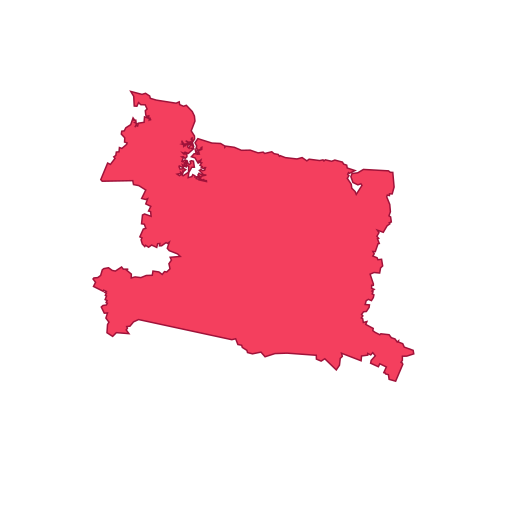 the district of Waikato District, Waikato, New Zealand, rotated 116°
{"feature_id": "76426892B94157809900768", "entity_name": "Waikato District", "entity_type": "district", "adm_level": 2, "iso_a3": "NZL", "parent_name": "New Zealand", "parent_adm1": "Waikato", "projection": "robinson", "projection_center": [174.92, -37.516], "detail": "fine", "context": "isolated", "style": "filled", "palette": "rose", "viewbox_px": 512, "rotation_deg": 116, "n_neighbors": 0, "source": "geoboundaries", "source_scale": "gbopen_adm2", "svg_char_len": 6123}
<svg xmlns="http://www.w3.org/2000/svg" viewBox="0 0 512 512"><g transform="rotate(116 256 256)"><path d="M323.2,133.9L317.6,133.1L311.1,135.4L308.4,134.4L305.9,136.5L304.1,115.6L299.6,117.3L296.1,112.1L294.6,112.9L294.6,109.5L291.7,108.7L293.4,105.0L299.3,106.7L302.1,106.0L301.9,97.5L298.6,97.5L298.6,90.2L305.4,90.0L304.1,89.4L305.2,87.8L304.6,85.0L308.5,82.3L307.3,75.6L288.9,76.6L287.4,78.7L288.6,79.2L285.6,78.7L281.9,80.5L279.9,76.6L274.8,71.3L271.9,73.4L272.9,82.8L270.5,85.7L270.9,90.3L269.8,90.7L271.4,91.4L269.6,94.7L270.1,98.6L268.4,101.9L271.2,109.7L272.5,110.2L272.4,115.7L271.9,118.3L269.7,118.9L269.4,127.4L266.3,127.6L268.7,130.4L265.6,132.6L265.5,134.2L263.0,133.7L262.3,135.5L259.0,134.9L257.5,132.5L252.7,131.8L250.2,132.6L251.7,136.6L247.9,137.4L245.7,136.0L245.5,132.7L242.0,132.3L239.2,133.0L239.1,135.0L236.9,135.1L236.7,136.4L234.2,135.2L234.4,137.9L231.6,139.2L230.9,137.7L229.7,138.2L222.3,145.5L219.1,142.7L217.1,137.4L212.1,138.8L209.4,137.8L203.9,141.7L205.9,144.8L204.5,146.4L204.8,151.0L202.2,150.7L200.7,152.9L199.8,150.7L191.5,151.7L190.7,150.7L187.3,154.4L186.4,153.5L185.3,156.0L181.1,155.7L179.6,158.3L178.9,152.0L171.4,151.4L168.4,149.8L167.7,150.8L166.1,149.3L161.9,152.1L161.6,154.1L157.3,154.6L151.0,158.4L145.5,164.5L143.7,164.7L143.2,162.6L141.6,163.3L140.5,160.8L133.5,162.1L120.9,169.7L121.9,172.0L121.4,174.3L131.1,197.4L136.6,201.0L139.8,205.8L143.1,205.5L147.4,201.1L147.4,195.6L145.1,193.4L146.1,191.7L156.7,192.9L154.6,195.2L153.1,199.6L149.7,201.9L146.2,208.0L143.0,207.7L142.5,209.4L140.5,209.4L140.7,208.3L135.8,204.5L136.9,212.6L134.6,214.3L135.0,217.5L133.7,219.5L135.2,227.2L137.7,229.5L139.2,235.9L140.8,236.6L140.2,237.9L142.3,240.6L145.7,250.7L148.2,252.0L147.3,257.7L150.8,261.7L154.7,272.7L155.2,278.2L156.1,278.7L155.0,280.5L156.1,284.6L155.4,287.5L160.0,293.1L159.5,295.1L162.4,299.3L163.4,307.6L167.4,315.4L167.8,323.1L170.6,331.7L171.6,331.6L171.9,331.7L170.8,332.3L170.4,337.2L173.8,345.1L176.0,359.7L181.0,360.4L183.1,357.5L185.9,357.0L185.3,356.3L186.8,355.0L184.2,352.4L182.6,352.8L182.0,352.3L184.0,351.5L186.6,354.0L189.3,351.6L190.2,353.2L188.7,353.5L187.6,356.8L190.4,354.6L191.1,356.4L195.1,357.6L194.6,353.8L197.9,348.7L196.5,347.8L195.5,349.6L195.9,347.7L194.9,348.2L193.8,347.6L196.5,347.1L196.1,345.6L199.0,346.1L199.3,343.5L200.7,343.9L200.1,340.9L199.2,341.1L198.7,340.1L201.4,339.8L202.7,341.4L202.4,343.3L203.9,344.4L206.0,338.8L205.0,336.1L207.0,338.7L206.6,343.5L208.6,343.7L209.1,341.7L211.0,342.7L208.6,339.8L210.4,340.5L211.3,338.8L210.9,336.5L209.7,336.9L210.9,335.9L210.0,333.6L210.8,333.1L212.5,340.2L211.0,339.8L210.5,341.8L211.1,340.7L212.2,341.3L212.6,343.6L210.3,343.3L211.8,345.5L210.7,346.0L210.6,348.5L212.8,348.5L215.3,351.3L210.3,353.0L204.4,352.6L203.2,350.3L198.2,353.8L198.7,355.9L199.9,356.8L201.2,355.3L202.7,355.8L203.1,359.6L204.9,358.4L204.9,355.8L210.3,353.4L215.9,356.7L215.4,358.9L217.4,360.0L217.0,362.8L214.5,359.7L213.8,360.3L214.2,358.0L212.0,358.2L211.9,359.7L211.3,357.9L209.2,357.0L209.1,359.1L211.2,362.4L209.6,364.3L208.7,364.4L208.5,360.4L207.1,359.9L207.0,361.4L206.3,362.1L206.6,357.0L205.3,360.5L203.7,361.3L203.9,360.0L201.9,360.7L201.6,358.7L200.5,359.8L200.9,362.0L203.5,363.3L203.5,364.1L199.5,364.4L199.4,366.0L198.6,364.9L199.4,362.4L197.1,361.6L194.6,362.9L196.0,365.7L195.4,367.2L195.2,365.7L193.8,365.3L193.5,361.8L187.4,359.3L187.5,361.0L186.5,359.6L185.0,360.3L184.1,363.7L184.7,364.9L185.4,363.6L188.5,363.4L187.9,365.3L185.8,365.6L186.4,367.5L188.1,368.1L187.5,368.9L188.9,369.2L187.6,369.9L187.9,371.7L186.9,370.6L186.0,372.7L185.4,372.7L187.1,369.8L184.3,365.7L183.2,369.7L183.3,366.3L182.4,365.3L183.6,365.3L182.6,363.4L179.8,364.0L179.7,365.0L179.4,365.4L179.2,365.4L179.0,365.2L178.4,365.2L178.1,365.1L178.1,365.3L177.9,365.2L178.1,365.0L179.5,365.2L179.6,363.6L183.2,363.1L183.7,361.2L181.9,363.0L177.7,362.5L175.1,363.9L171.9,369.1L161.5,370.0L157.2,372.7L154.1,376.6L151.1,384.7L153.2,386.7L153.4,391.0L151.1,392.6L153.7,394.8L159.6,414.0L160.6,420.1L158.8,421.7L158.2,426.6L160.7,429.3L163.0,440.7L166.1,435.9L174.6,431.2L173.6,428.7L169.6,428.8L170.5,425.9L168.7,421.9L171.6,418.3L173.9,419.2L177.6,416.9L178.4,415.5L177.4,414.4L178.6,413.9L177.7,413.5L178.9,413.1L178.9,412.1L179.7,411.5L178.9,411.4L180.2,409.9L179.2,411.2L180.3,411.7L179.2,412.1L179.8,417.2L184.9,415.2L188.2,420.0L191.1,419.4L191.4,421.2L193.4,421.3L189.2,421.2L189.2,423.5L188.1,422.6L186.6,423.6L187.7,426.1L186.8,425.2L185.8,427.0L192.9,426.2L197.8,429.2L201.3,429.3L202.7,431.4L205.5,430.5L207.3,425.8L211.2,424.1L210.9,421.4L212.4,421.2L218.1,423.7L218.4,426.3L222.4,424.8L223.8,427.1L227.1,426.1L229.2,427.3L230.0,425.5L237.5,427.0L237.5,430.1L255.4,429.0L256.2,427.0L242.3,399.8L245.5,397.4L244.1,392.2L245.0,384.0L254.4,384.0L253.6,379.9L252.0,378.5L257.5,377.9L257.5,372.3L262.7,372.3L262.3,370.2L266.3,367.7L267.1,374.6L268.9,376.0L277.2,373.0L276.4,370.3L279.4,367.2L281.2,369.1L289.7,368.8L289.7,366.4L291.8,366.4L295.0,363.5L296.3,360.1L294.8,359.9L295.2,356.4L291.9,354.6L291.8,349.0L288.1,349.8L286.9,347.9L289.2,347.2L288.2,345.3L283.4,342.7L283.5,341.1L281.5,340.0L288.0,339.1L289.2,336.3L288.5,327.3L289.6,323.9L294.8,332.6L296.8,330.2L301.1,330.9L305.2,327.7L309.5,329.2L310.1,331.4L313.7,332.2L312.9,336.3L314.7,342.0L318.8,340.8L321.6,346.1L325.9,350.0L327.8,355.5L330.4,358.5L326.9,360.1L325.3,366.7L323.8,365.1L326.0,369.5L324.8,372.0L331.2,375.8L332.0,379.0L331.2,383.4L334.0,387.2L335.8,388.1L341.6,387.1L344.8,388.8L346.8,392.1L348.1,392.4L350.0,388.7L354.6,388.7L354.7,377.9L353.5,377.9L353.5,375.1L355.0,375.8L355.0,374.1L357.4,374.2L357.5,372.8L361.3,372.5L361.3,370.3L363.6,370.3L363.6,368.9L365.6,369.0L367.5,371.8L369.7,372.7L373.9,367.3L372.3,364.5L377.6,363.7L379.9,359.2L382.7,359.4L390.3,356.3L391.1,349.6L386.1,347.9L381.5,336.2L379.3,340.3L377.3,339.9L376.1,341.3L374.3,338.5L368.9,337.2L364.6,333.7L341.8,241.0L339.3,238.0L343.5,233.5L342.5,229.8L344.2,228.2L344.8,222.8L346.5,221.3L345.5,216.3L340.2,209.4L342.6,203.7L335.4,196.2L329.7,185.5L318.8,158.3L322.2,156.5L321.9,151.4L318.2,149.1L323.2,133.9Z" fill="#f43f5e" stroke="#9f1239" stroke-width="1.5"/></g></svg>